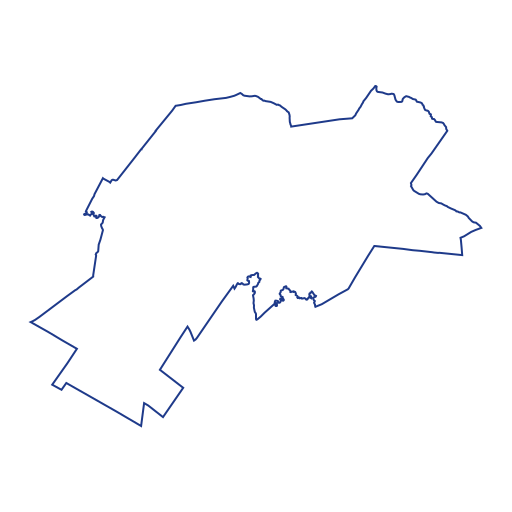 outline of Videle, Teleorman, Romania
{"feature_id": "2599482B40288902158054", "entity_name": "Videle", "entity_type": "district", "adm_level": 2, "iso_a3": "ROU", "parent_name": "Romania", "parent_adm1": "Teleorman", "projection": "robinson", "projection_center": [25.561, 44.268], "detail": "fine", "context": "isolated", "style": "outline", "palette": "blue", "viewbox_px": 512, "rotation_deg": 0, "n_neighbors": 0, "source": "geoboundaries", "source_scale": "gbopen_adm2", "svg_char_len": 5991}
<svg xmlns="http://www.w3.org/2000/svg" viewBox="0 0 512 512"><path d="M423.9,107.3L423.9,106.4L423.5,106.0L423.4,105.4L422.5,104.7L422.2,103.7L421.6,103.0L420.2,102.4L416.9,101.7L416.6,101.3L416.2,100.3L415.6,99.6L412.8,99.0L411.3,98.0L410.0,97.5L409.0,96.9L406.3,96.2L405.9,96.3L404.3,97.3L403.0,98.7L402.7,99.2L402.3,101.1L401.8,101.7L401.2,101.9L398.6,102.0L397.2,101.8L396.4,101.0L395.5,99.6L394.4,95.4L393.8,94.2L393.5,94.0L391.7,93.7L390.1,94.1L388.1,94.3L385.4,93.6L382.5,92.5L377.8,91.9L377.0,91.4L376.5,90.4L376.3,88.6L376.6,86.6L376.0,86.1L375.3,86.0L373.3,88.6L371.0,90.8L366.1,98.0L363.9,100.7L363.4,101.3L363.0,102.5L361.9,104.2L360.5,106.9L359.2,108.5L358.7,109.6L356.1,113.5L355.3,115.3L352.2,118.3L339.5,119.3L291.2,126.6L291.1,125.8L290.4,124.2L290.3,123.4L290.0,122.7L289.8,121.6L289.6,117.8L289.7,116.4L289.5,114.9L288.7,112.4L287.0,111.2L286.8,110.8L285.4,109.4L281.7,106.9L279.8,105.3L278.9,105.1L278.1,104.6L276.7,104.8L273.7,103.2L270.7,101.9L265.5,101.1L264.3,100.6L263.3,100.7L261.9,99.6L261.5,99.0L260.8,99.0L258.1,96.9L256.2,96.1L254.9,95.8L251.8,96.3L249.6,96.4L244.4,95.7L243.2,95.2L241.9,94.0L240.3,93.0L236.1,95.0L234.2,95.8L229.8,97.0L226.0,97.9L214.6,99.2L204.9,100.7L195.9,102.3L185.9,103.8L180.7,105.0L175.6,105.8L172.2,110.6L155.7,130.7L155.9,130.9L141.8,148.6L141.6,149.3L141.1,149.3L134.7,157.6L117.1,180.0L115.7,180.5L113.0,179.7L112.4,179.8L111.7,180.2L110.2,182.6L109.6,182.0L103.3,178.6L102.9,178.2L94.5,194.2L94.0,196.1L92.3,198.6L86.2,210.6L85.9,211.4L86.7,212.0L86.8,212.3L86.8,212.7L86.4,213.1L84.5,214.0L84.1,214.3L84.3,214.8L84.8,215.0L86.5,214.5L88.3,214.4L89.8,215.5L90.1,215.6L90.7,214.5L91.8,214.0L92.1,213.6L92.0,212.8L91.3,211.9L91.7,211.6L92.4,211.6L93.0,211.9L93.8,212.9L93.8,213.4L93.5,214.1L93.5,214.6L94.3,216.4L94.8,216.5L95.7,215.7L96.1,215.7L96.5,215.9L96.5,216.5L96.2,217.5L96.4,218.0L97.5,217.9L98.5,217.2L99.2,216.1L99.3,215.1L99.8,214.9L100.1,215.0L100.8,216.0L102.2,217.0L103.3,216.8L104.6,217.3L103.7,218.9L103.1,220.2L102.7,222.6L102.3,223.2L101.1,224.4L101.0,224.8L101.3,226.4L102.1,228.3L102.8,229.5L102.9,230.3L100.4,239.7L98.7,244.6L98.2,251.2L97.6,252.1L96.3,253.1L95.7,254.5L96.1,255.2L96.1,255.9L93.2,275.2L93.2,276.6L78.8,287.6L76.6,289.5L75.2,290.2L67.1,296.1L39.3,317.0L35.1,319.9L32.5,321.3L30.7,322.1L48.1,331.9L62.5,340.5L76.9,348.8L67.4,363.2L52.2,384.7L61.5,389.8L66.3,383.0L116.9,411.8L141.1,426.0L144.1,403.1L148.2,405.5L163.0,417.1L183.2,387.8L159.9,369.8L180.7,337.0L187.5,326.6L189.4,329.6L190.5,331.9L194.0,340.6L195.6,339.5L197.0,337.8L221.9,301.4L233.2,285.8L234.5,288.6L235.7,286.8L236.9,284.4L237.7,283.2L238.0,283.2L238.8,284.0L240.2,284.2L240.8,284.0L241.1,283.4L241.8,283.1L242.8,283.8L243.4,284.5L244.6,284.7L247.2,284.4L248.5,284.0L248.8,283.7L249.1,282.9L249.0,281.1L248.4,281.0L247.5,280.5L247.3,280.2L247.7,278.5L247.4,277.5L247.9,276.7L249.1,276.3L249.9,276.8L250.6,277.0L251.0,275.8L250.9,275.4L251.8,275.1L254.2,274.9L255.7,273.5L257.0,272.8L258.0,273.5L258.2,273.9L257.9,275.0L258.2,276.1L257.9,276.7L257.9,277.0L259.3,278.5L260.2,278.6L260.6,278.9L260.3,279.6L259.5,280.5L259.3,282.0L258.3,282.8L258.0,284.0L256.7,286.2L255.9,286.7L255.1,286.6L254.5,286.8L253.5,286.9L253.3,287.1L253.2,287.5L253.2,289.3L252.9,290.8L252.9,291.3L253.4,291.5L254.5,291.2L254.8,291.5L254.9,292.1L254.8,293.0L253.9,294.4L253.1,295.0L253.0,295.4L253.6,298.4L253.8,300.6L253.5,303.1L254.0,305.3L253.9,307.7L254.8,311.9L255.7,313.2L256.0,314.1L256.0,318.6L256.1,319.3L256.3,319.7L256.6,319.8L257.8,319.0L260.7,316.6L264.6,312.7L273.9,304.4L275.3,304.9L275.6,305.9L275.8,306.0L276.5,306.0L276.9,305.8L277.0,305.2L276.8,303.4L276.5,303.1L274.7,302.8L274.8,301.9L275.3,300.7L275.9,300.6L277.8,301.0L278.0,301.2L278.2,302.6L279.1,302.8L280.1,302.4L280.4,301.9L280.7,300.5L281.5,299.8L281.4,299.5L280.2,299.1L280.3,298.7L281.3,298.6L282.6,299.2L282.7,299.4L282.5,300.6L283.2,300.7L283.7,300.3L283.8,299.8L282.7,297.8L282.6,297.0L280.8,296.3L280.4,294.7L279.8,294.2L279.7,293.6L280.6,292.3L280.8,290.7L281.2,290.4L282.4,290.1L282.9,289.8L283.4,289.2L283.9,287.2L285.7,286.3L286.2,286.3L286.4,286.6L286.3,288.3L288.6,288.7L288.9,289.3L289.9,290.3L290.4,291.2L290.4,292.0L290.9,292.1L291.8,291.6L292.6,291.6L293.6,291.3L293.8,291.4L293.8,291.9L294.7,291.8L295.2,292.0L295.9,293.5L295.7,295.0L297.3,296.0L298.1,297.2L298.1,297.4L297.5,297.7L297.7,298.0L298.3,297.9L299.1,297.5L299.3,297.6L299.3,298.2L299.5,298.3L301.5,298.0L301.9,298.6L302.2,298.6L304.5,298.1L305.4,298.6L306.1,299.5L306.8,299.7L307.5,299.3L307.6,298.6L308.8,297.6L308.9,297.2L309.3,296.8L309.7,297.0L310.1,297.6L311.2,298.2L311.3,297.4L311.0,296.3L310.1,296.0L309.4,295.2L309.3,294.8L309.5,293.6L310.4,293.3L310.4,292.7L310.5,292.5L311.6,292.1L311.8,291.5L312.1,291.6L314.4,295.1L316.0,295.9L315.8,296.5L315.2,296.9L313.7,297.4L313.4,297.6L313.2,298.1L313.5,299.4L313.9,300.2L314.8,301.0L314.7,301.7L314.3,302.1L314.1,302.5L314.3,303.4L315.0,304.5L315.1,306.0L315.4,306.8L321.8,304.2L338.6,294.3L347.8,289.3L348.6,288.5L355.2,277.1L368.1,255.8L374.3,246.0L403.1,248.9L412.7,250.2L419.9,250.8L432.2,252.2L434.0,252.5L438.1,252.9L439.4,252.8L462.2,255.1L461.6,247.6L460.9,240.0L460.5,237.8L464.1,236.3L471.2,231.9L475.8,229.9L481.3,227.9L479.9,225.9L476.0,222.7L473.6,222.3L472.1,221.4L468.7,217.9L467.9,216.5L465.9,214.8L460.4,212.4L459.3,212.4L457.7,211.5L456.4,211.4L455.9,210.8L454.9,210.1L451.0,208.5L447.7,206.9L446.7,206.0L445.5,205.7L443.5,204.7L441.3,203.4L438.8,203.0L436.5,201.7L427.9,193.9L426.6,193.4L425.8,193.7L425.0,194.2L423.1,194.5L420.4,194.3L419.0,193.9L414.0,190.8L413.3,190.1L411.0,186.1L411.3,185.6L411.4,184.9L410.9,183.1L416.7,174.8L427.8,158.0L431.4,153.6L447.3,130.8L446.2,128.9L446.1,127.1L444.5,125.2L443.9,124.0L443.1,123.0L441.6,122.4L436.2,121.9L435.8,121.6L434.9,120.0L434.1,119.1L432.6,118.9L432.0,118.6L431.9,117.2L430.7,116.3L430.9,115.0L430.9,114.4L430.5,114.1L429.8,114.0L429.5,113.8L428.8,111.7L428.0,110.9L427.4,110.6L426.4,110.5L425.0,109.8L423.9,107.3Z" fill="none" stroke="#1e3a8a" stroke-width="2"/></svg>